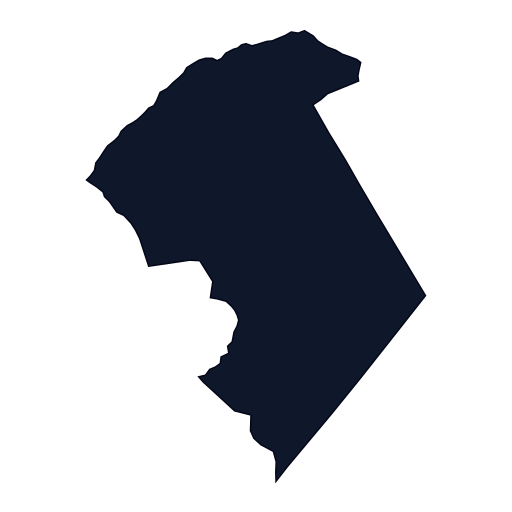 outline of Cafezal do Sul, Paraná, Brazil
{"feature_id": "56859067B2894193883317", "entity_name": "Cafezal do Sul", "entity_type": "district", "adm_level": 2, "iso_a3": "BRA", "parent_name": "Brazil", "parent_adm1": "Paraná", "projection": "mercator", "projection_center": [-53.585, -23.955], "detail": "fine", "context": "isolated", "style": "filled", "palette": "ink", "viewbox_px": 512, "rotation_deg": 0, "n_neighbors": 0, "source": "geoboundaries", "source_scale": "gbopen_adm2", "svg_char_len": 1464}
<svg xmlns="http://www.w3.org/2000/svg" viewBox="0 0 512 512"><path d="M425.5,295.6L376.2,213.3L359.6,185.0L349.5,167.2L345.3,159.9L328.6,132.6L312.9,104.9L320.7,99.7L327.5,93.7L358.6,81.0L357.9,76.0L359.0,69.8L360.7,62.5L356.7,59.4L348.9,56.5L342.2,54.2L335.7,50.2L327.6,47.2L322.6,44.2L317.6,40.9L313.3,36.0L304.5,30.7L298.3,33.1L291.2,32.0L285.2,35.5L278.3,38.3L272.1,40.9L266.9,41.4L262.6,42.7L257.7,44.3L251.9,45.8L246.0,43.7L241.6,44.8L237.8,48.0L233.3,49.3L225.9,53.1L221.4,58.6L217.1,60.6L212.4,58.3L205.4,58.3L199.2,60.1L193.4,63.5L186.7,67.7L183.8,72.9L179.0,77.6L173.1,82.6L167.3,88.5L160.1,92.4L156.6,100.8L153.8,105.7L148.7,108.1L144.9,112.5L140.9,116.4L136.7,120.1L132.4,122.9L127.3,125.6L121.2,131.3L118.9,136.1L114.7,140.4L107.6,145.9L103.5,151.9L99.7,157.8L95.9,162.8L94.4,170.5L90.4,176.0L86.5,180.0L90.4,182.8L96.6,186.8L103.1,192.0L104.5,196.6L109.7,201.8L116.8,212.1L123.9,215.4L131.1,223.2L135.5,230.0L139.7,238.6L148.7,266.2L189.5,260.2L199.8,260.7L210.0,277.0L212.8,281.5L210.4,297.7L217.1,298.8L226.2,301.3L231.9,306.6L234.9,310.5L237.1,314.9L238.7,320.1L237.1,326.1L234.0,332.1L232.2,341.8L227.6,346.2L228.8,353.3L221.1,356.9L220.3,363.5L215.2,367.1L209.7,369.4L205.5,375.2L198.7,376.8L203.1,381.9L234.7,410.9L251.0,415.0L250.5,430.8L253.9,438.3L261.0,444.8L273.4,451.4L276.2,461.8L275.8,471.6L276.0,481.3L287.1,467.0L331.4,414.0L359.7,379.1L403.1,324.1L408.2,317.6L425.5,295.6Z" fill="#0f172a" stroke="#020617" stroke-width="1.5"/></svg>